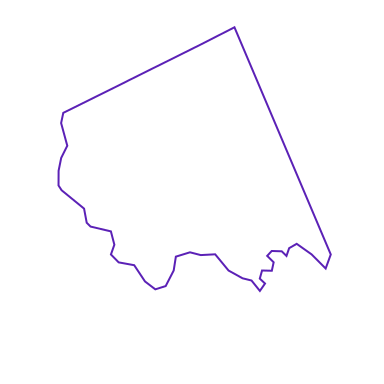 Anson, North Carolina, United States of America, rotated 152°
{"feature_id": "52423323B73600596363110", "entity_name": "Anson", "entity_type": "district", "adm_level": 2, "iso_a3": "USA", "parent_name": "United States of America", "parent_adm1": "North Carolina", "projection": "equal_earth", "projection_center": [-80.065, 35.009], "detail": "fine", "context": "isolated", "style": "outline", "palette": "violet", "viewbox_px": 384, "rotation_deg": 152, "n_neighbors": 0, "source": "geoboundaries", "source_scale": "gbopen_adm2", "svg_char_len": 863}
<svg xmlns="http://www.w3.org/2000/svg" viewBox="0 0 384 384"><g transform="rotate(152 192 192)"><path d="M98.8,71.7L88.8,185.6L87.7,198.1L77.2,317.5L85.0,317.6L95.3,317.8L119.4,318.2L121.5,318.3L155.8,319.2L169.4,319.6L185.1,320.0L185.6,320.0L195.7,320.3L197.8,320.3L212.4,320.7L219.9,320.9L226.8,321.1L233.0,321.3L268.3,322.3L268.5,322.3L275.2,314.3L280.4,291.4L291.5,283.5L299.8,273.4L306.8,260.4L306.3,254.7L295.1,228.0L299.4,214.3L297.8,209.1L282.1,195.3L285.3,181.9L292.9,174.9L289.8,164.3L277.4,154.5L275.5,135.1L270.1,123.3L259.4,121.3L245.0,131.3L236.6,142.5L222.1,139.7L213.9,132.2L200.8,126.1L196.6,105.5L187.9,92.1L181.0,85.9L178.5,72.8L170.5,76.9L172.8,83.7L167.0,89.8L158.5,85.0L152.9,91.6L155.6,100.3L149.3,102.5L140.6,97.5L138.6,91.2L132.6,96.8L123.9,97.1L115.7,80.8L109.9,61.7L98.8,71.7Z" fill="none" stroke="#5b21b6" stroke-width="2"/></g></svg>